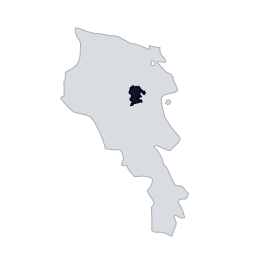 Sevan, Gegharkunik, Armenia (highlighted), rotated 22°
{"feature_id": "60910142B53261358782492", "entity_name": "Sevan", "entity_type": "district", "adm_level": 2, "iso_a3": "ARM", "parent_name": "Armenia", "parent_adm1": "Gegharkunik", "projection": "mercator", "projection_center": [45.001, 40.541], "detail": "fine", "context": "in_parent", "style": "filled", "palette": "ink", "viewbox_px": 256, "rotation_deg": 22, "n_neighbors": 0, "source": "geoboundaries", "source_scale": "gbopen_adm2", "svg_char_len": 4172}
<svg xmlns="http://www.w3.org/2000/svg" viewBox="0 0 256 256"><g transform="rotate(22 128 128)"><path d="M114.6,155.6L112.8,152.6L103.3,142.5L94.5,134.8L88.4,131.6L82.3,131.9L72.9,133.5L69.4,132.8L61.2,129.5L54.3,125.5L55.2,123.8L56.7,122.6L54.9,117.4L51.1,108.9L51.5,106.3L50.3,102.6L49.0,99.9L54.4,93.3L56.8,88.0L57.4,82.8L56.0,77.4L52.4,67.6L50.2,64.8L46.1,62.1L42.7,57.8L41.9,54.7L44.8,54.1L53.1,54.0L61.2,52.9L67.6,50.9L76.8,49.2L80.6,47.7L85.0,47.0L98.5,48.6L103.5,47.3L118.7,47.1L119.0,46.5L117.0,44.4L117.0,43.6L126.0,42.3L127.4,41.3L128.6,44.6L132.0,48.3L135.7,49.7L137.7,51.8L137.8,53.3L131.2,55.1L130.8,56.1L131.2,57.0L133.1,57.4L142.3,62.0L147.5,62.1L150.3,63.5L151.7,66.2L156.0,70.0L159.5,73.6L159.7,74.8L159.1,76.6L149.3,83.7L148.1,86.1L147.9,88.7L152.2,96.3L158.5,104.6L167.6,110.9L180.2,117.8L180.3,122.0L178.3,127.0L176.6,130.4L175.9,132.7L174.3,133.7L161.8,133.5L160.0,134.3L159.2,135.3L159.1,136.1L163.6,137.6L170.6,143.0L174.6,148.2L178.8,150.4L183.5,154.6L187.3,158.4L193.2,163.4L199.7,161.8L208.5,166.2L208.8,169.2L208.3,171.9L202.8,174.8L202.1,176.0L202.1,177.0L202.8,178.5L206.1,180.8L209.8,184.4L214.1,189.7L212.2,191.3L208.2,191.5L205.1,190.8L204.0,191.9L204.1,193.6L208.1,197.6L208.9,200.6L208.8,205.6L209.0,212.0L199.5,211.6L191.4,214.7L188.4,214.1L186.3,208.6L184.6,204.2L179.5,192.9L180.9,188.3L178.0,185.6L171.1,180.7L169.3,178.7L170.3,176.0L171.0,171.0L170.3,166.9L168.4,165.6L165.0,165.6L160.8,166.6L152.4,170.5L146.5,168.0L143.1,165.5L141.2,163.3L136.8,165.1L135.7,164.2L135.5,159.0L134.2,156.2L131.5,152.8L129.1,151.3L120.1,154.5L114.6,155.6ZM128.6,60.5L128.9,58.6L128.5,56.8L127.0,56.3L125.2,56.7L125.1,58.7L125.6,60.5L127.4,61.3L128.6,60.5ZM157.6,90.3L155.5,91.4L153.6,90.9L153.6,87.9L155.0,86.7L156.6,86.8L158.1,87.9L157.6,90.3Z" fill="#d9dde1" stroke="#a8b0b8" stroke-width="1"/><path d="M122.3,105.8L123.9,104.7L123.9,104.3L123.3,104.2L123.0,104.1L123.5,103.4L124.3,102.6L124.6,101.9L124.9,101.8L125.1,102.4L125.4,102.4L125.8,101.9L125.9,101.6L126.5,101.5L127.0,101.3L129.1,99.4L130.2,98.8L130.2,98.7L130.3,98.7L130.2,98.6L130.3,98.6L130.3,98.4L130.5,98.3L130.5,98.2L130.7,97.9L130.6,97.7L130.4,97.7L130.2,97.6L129.9,97.5L129.7,97.7L129.8,97.5L129.7,97.5L129.6,97.4L129.5,97.5L129.5,97.8L129.4,97.8L129.4,97.7L129.4,97.4L129.2,97.3L129.3,97.4L129.4,97.5L129.3,97.8L129.2,98.0L129.0,97.9L128.9,97.9L129.0,97.8L129.0,97.7L128.8,97.6L128.7,97.6L128.4,97.6L128.2,97.5L127.9,97.6L127.9,97.8L127.7,97.8L127.7,97.7L127.4,97.8L127.2,97.9L126.8,97.9L126.7,97.8L126.6,97.7L126.6,97.8L126.4,97.8L126.3,97.7L126.2,97.6L125.9,97.6L125.7,97.7L125.4,97.7L125.2,97.6L124.9,97.7L124.7,97.5L124.7,97.4L124.6,97.2L124.6,96.9L124.8,96.9L124.8,96.7L124.9,96.4L125.0,96.3L125.0,96.2L125.3,96.0L125.5,96.0L125.8,96.1L126.0,96.1L126.3,96.2L126.5,96.2L126.6,95.9L126.9,95.9L127.1,95.8L127.1,95.7L127.2,95.4L127.2,95.2L126.9,95.0L126.8,94.9L126.7,94.9L126.8,94.9L126.8,94.7L127.0,94.4L127.3,94.1L127.5,94.0L127.8,94.1L128.1,94.1L128.3,94.1L128.5,94.0L128.5,93.9L128.4,93.9L128.1,93.8L127.6,93.7L127.4,93.7L127.3,93.2L127.2,93.1L127.0,92.9L126.8,92.8L126.6,92.7L126.4,92.6L126.2,92.5L126.0,92.4L125.9,92.4L125.7,92.2L125.5,91.8L125.5,91.7L125.5,91.4L125.5,91.2L125.6,90.9L125.7,90.7L125.8,90.7L125.9,90.4L125.7,90.4L125.7,90.2L125.8,90.1L125.9,89.8L126.2,89.4L126.3,89.3L126.4,89.2L126.5,89.1L126.8,89.1L127.0,89.2L127.0,89.3L127.4,89.3L127.5,89.4L127.7,89.5L127.9,89.6L128.0,89.6L128.3,89.9L128.4,90.0L128.5,90.0L128.9,90.0L129.0,90.1L129.3,90.2L129.4,90.3L129.5,90.4L129.5,90.5L129.8,90.7L130.0,90.7L130.3,90.6L130.5,90.6L130.7,88.8L129.1,87.9L128.4,88.6L127.2,88.2L126.0,87.5L125.2,87.4L124.6,87.0L124.2,86.5L123.5,86.0L123.0,85.9L122.2,85.5L121.7,86.4L121.3,86.8L121.1,86.8L120.2,86.5L119.8,86.6L119.5,86.9L119.3,87.4L118.9,87.8L118.6,87.9L118.1,87.8L117.5,87.3L117.1,87.0L116.6,87.5L116.2,87.8L116.5,89.0L116.4,89.3L116.0,89.5L115.3,89.7L115.4,90.6L115.8,91.2L115.8,91.7L115.7,93.1L115.9,94.6L116.1,95.0L116.3,95.2L118.8,95.5L119.5,97.4L120.1,98.1L120.0,98.6L119.1,99.6L119.5,101.1L121.5,101.6L122.1,101.7L122.3,101.9L122.5,102.2L122.5,102.9L122.2,103.5L122.1,104.6L122.3,105.3L122.3,105.8Z" fill="#0f172a" stroke="#020617" stroke-width="1.5"/></g></svg>